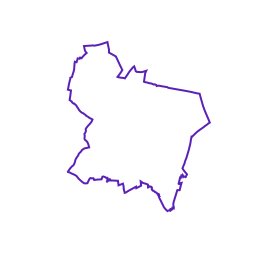 Balcauti, Suceava, Romania, rotated 130°
{"feature_id": "2599482B55128910664602", "entity_name": "Balcauti", "entity_type": "district", "adm_level": 2, "iso_a3": "ROU", "parent_name": "Romania", "parent_adm1": "Suceava", "projection": "natural_earth1", "projection_center": [26.076, 47.898], "detail": "fine", "context": "isolated", "style": "outline", "palette": "violet", "viewbox_px": 256, "rotation_deg": 130, "n_neighbors": 0, "source": "geoboundaries", "source_scale": "gbopen_adm2", "svg_char_len": 5513}
<svg xmlns="http://www.w3.org/2000/svg" viewBox="0 0 256 256"><g transform="rotate(130 128 128)"><path d="M104.8,210.0L105.2,210.0L106.1,209.6L107.0,211.3L109.4,210.2L110.7,209.7L111.4,211.3L113.0,210.4L114.7,209.1L118.1,206.7L119.8,205.9L123.0,204.6L123.8,204.2L124.8,203.7L126.0,204.2L126.7,204.4L126.9,204.1L130.8,202.2L132.8,201.2L134.6,200.1L137.3,198.7L136.3,196.6L136.0,196.0L135.9,195.8L140.6,192.8L144.1,190.7L144.0,190.0L144.1,188.9L143.9,188.4L143.9,188.0L144.2,187.6L144.3,187.2L144.4,186.7L144.3,185.4L143.8,185.0L143.8,184.6L143.9,184.2L144.0,183.4L144.0,182.0L144.5,180.9L144.8,179.6L145.2,178.4L145.4,177.6L145.7,177.1L145.8,176.5L145.9,176.0L145.8,175.6L145.9,175.2L146.0,174.8L145.9,174.2L146.0,173.4L145.9,173.1L145.8,172.7L145.5,171.9L145.5,170.7L145.4,169.8L145.3,168.9L145.3,168.7L145.5,167.9L145.2,166.0L145.0,165.1L145.1,163.9L144.6,162.3L144.3,160.7L145.1,160.4L147.0,159.9L148.4,159.9L149.7,159.9L151.6,160.0L152.4,160.0L153.3,160.0L155.4,159.9L156.1,159.7L156.4,159.4L156.8,158.7L157.2,158.4L158.5,157.9L159.8,157.6L160.5,157.6L160.8,157.4L161.2,156.8L161.8,156.1L164.0,154.6L164.4,154.1L164.6,153.7L164.7,153.3L164.6,152.6L164.7,151.7L164.8,150.6L164.9,150.1L165.2,149.5L166.0,147.9L167.8,145.3L168.8,146.0L171.8,148.4L172.3,148.4L172.9,148.6L173.7,148.9L174.3,149.1L174.9,149.1L175.3,149.0L175.9,148.8L176.6,148.9L178.8,149.1L179.4,149.1L179.8,149.0L180.7,148.6L181.3,148.5L182.2,148.4L183.0,148.4L183.4,148.3L183.9,148.3L184.8,148.1L185.6,148.0L186.6,147.6L187.0,147.4L187.7,147.0L188.2,146.8L189.8,146.2L191.4,145.9L191.9,145.9L192.3,146.0L193.8,146.3L194.6,146.3L196.3,146.3L196.8,146.3L199.8,146.0L200.2,145.9L200.3,145.6L199.6,144.3L199.1,141.8L198.2,138.9L197.9,136.9L197.9,136.1L198.1,135.5L198.5,133.7L198.7,131.0L198.7,128.7L198.7,127.5L198.5,126.2L198.1,125.3L197.1,124.3L196.4,123.6L192.3,124.7L190.8,124.7L190.5,124.6L189.9,123.4L189.3,122.8L188.8,122.4L188.7,122.2L189.1,121.3L189.6,120.7L189.5,120.4L188.0,119.1L187.0,118.1L185.8,116.8L184.9,115.9L184.3,115.3L182.0,116.2L181.8,116.2L181.4,116.1L181.1,115.8L180.8,115.2L180.5,114.4L180.3,113.8L180.3,113.4L180.3,113.0L180.3,112.8L180.1,112.5L179.8,112.3L179.6,111.9L179.4,111.7L179.5,111.4L180.3,111.0L180.8,110.6L181.3,110.3L182.0,110.0L182.3,109.9L182.6,109.7L182.5,109.4L182.1,109.3L181.7,109.4L181.3,109.4L180.6,109.3L180.1,109.3L179.7,109.4L179.4,109.3L179.1,109.2L178.9,109.0L178.8,108.8L178.9,108.5L179.2,108.4L179.9,108.2L177.7,105.5L175.9,103.1L174.9,101.8L178.0,98.4L173.9,96.1L174.5,95.4L175.0,94.5L175.5,93.9L176.9,92.7L177.2,92.2L178.0,91.3L179.0,90.0L179.3,89.4L179.8,88.9L179.0,88.3L175.4,87.1L167.8,84.1L168.5,83.4L168.8,83.0L164.4,81.1L163.7,80.9L162.7,82.0L160.7,84.0L160.5,82.1L160.5,81.2L158.9,77.7L158.8,77.4L158.8,77.0L158.8,76.5L158.8,76.3L158.7,76.2L158.8,76.1L159.0,75.8L159.6,75.4L159.9,75.1L160.4,74.7L160.6,74.4L159.1,74.0L158.8,73.9L158.7,73.8L158.6,73.6L158.6,73.3L158.6,73.2L158.4,73.0L158.4,72.9L158.4,72.7L158.1,72.4L158.2,72.1L158.1,71.7L158.3,71.4L158.5,71.3L158.8,70.9L159.0,70.8L159.4,70.7L159.6,70.6L159.8,70.2L159.7,69.8L159.7,69.7L160.0,69.3L160.1,68.7L159.7,68.1L159.7,67.8L159.7,67.6L159.6,67.2L159.7,66.6L159.7,66.3L159.6,66.1L159.5,65.9L159.6,65.7L159.6,65.4L159.4,64.9L159.2,64.5L159.2,64.3L159.3,64.0L159.4,63.7L159.5,63.2L159.7,62.8L159.8,62.6L159.8,62.4L159.3,62.4L159.1,62.4L158.9,62.3L158.8,62.2L159.0,61.7L159.4,61.5L159.6,61.5L159.5,61.3L159.4,61.3L159.4,61.1L159.7,60.9L160.1,60.8L160.2,60.7L160.2,60.4L160.5,60.6L161.1,59.7L161.8,58.3L162.6,56.2L163.8,53.6L164.6,51.7L165.4,50.0L165.8,48.6L166.1,46.9L166.3,44.4L165.2,44.0L165.0,43.8L164.6,43.3L164.2,42.7L164.2,42.4L163.7,42.3L163.4,42.8L163.1,43.1L163.0,43.4L162.8,43.4L162.7,43.3L162.5,43.2L162.2,42.2L161.9,41.7L161.7,41.6L161.3,42.0L160.6,42.7L160.5,42.8L160.3,42.6L159.9,42.4L159.8,42.1L159.7,41.9L159.7,41.6L159.3,41.9L158.2,43.5L157.0,44.5L154.5,45.9L153.7,46.1L152.0,46.9L148.8,48.2L143.9,50.3L142.5,48.5L142.3,48.5L141.6,48.9L138.7,50.3L137.1,51.1L135.6,51.7L136.4,52.3L136.6,52.5L136.8,52.5L137.4,52.2L137.6,52.1L138.2,53.2L138.2,53.4L132.5,56.2L132.4,55.6L130.0,56.6L129.9,56.1L130.0,55.9L130.2,55.5L128.9,55.9L129.4,54.6L129.5,54.2L129.2,54.3L128.6,52.3L125.6,53.0L124.7,57.7L124.0,60.2L122.3,60.9L118.3,62.1L117.4,62.7L116.5,63.0L114.7,63.6L113.2,64.1L105.6,67.4L102.2,69.1L100.9,69.7L98.7,70.9L98.1,71.3L97.5,71.7L96.9,72.1L96.5,72.3L94.4,73.4L93.7,73.8L93.4,73.3L90.1,73.0L86.5,72.6L85.3,72.3L82.8,71.7L78.3,70.5L77.2,70.4L75.8,69.9L72.7,69.3L71.3,68.8L69.4,72.4L65.6,79.9L63.2,84.2L58.8,90.7L55.7,95.2L56.0,95.6L57.2,97.7L59.4,102.0L62.1,107.0L64.2,110.6L66.5,114.6L70.9,122.2L71.3,123.1L71.4,123.3L71.4,123.7L71.4,124.0L71.8,124.8L72.9,126.6L74.5,129.3L75.3,130.8L75.7,131.4L75.9,131.8L76.4,132.3L77.4,133.0L76.9,133.7L76.9,134.0L77.0,134.4L77.3,135.5L78.1,136.2L78.3,136.5L78.4,136.9L78.5,137.5L78.6,138.0L79.1,139.1L79.3,139.3L79.6,139.8L79.9,140.4L80.3,141.2L80.7,142.2L81.4,143.5L82.2,145.1L82.3,145.5L74.9,150.1L72.4,150.8L72.7,151.0L74.2,151.9L76.2,153.3L76.9,154.0L78.5,156.2L79.3,157.2L79.5,158.5L78.2,160.5L76.8,162.9L78.3,163.2L80.6,163.2L82.5,163.2L84.7,163.1L87.4,162.7L91.9,162.3L91.9,162.5L93.4,164.9L94.1,165.9L95.3,168.0L95.6,168.9L92.7,169.0L90.4,169.2L89.2,169.3L88.4,169.5L87.2,169.6L85.2,174.2L81.0,183.2L81.6,186.7L82.5,191.1L81.4,191.9L80.1,193.0L79.2,194.2L75.4,199.0L80.8,202.3L83.8,204.4L86.7,206.8L87.0,207.6L93.5,214.4L96.2,211.0L96.7,209.9L97.1,207.9L100.3,208.4L102.8,208.5L104.4,208.4L104.5,208.5L104.8,210.0Z" fill="none" stroke="#5b21b6" stroke-width="2"/></g></svg>